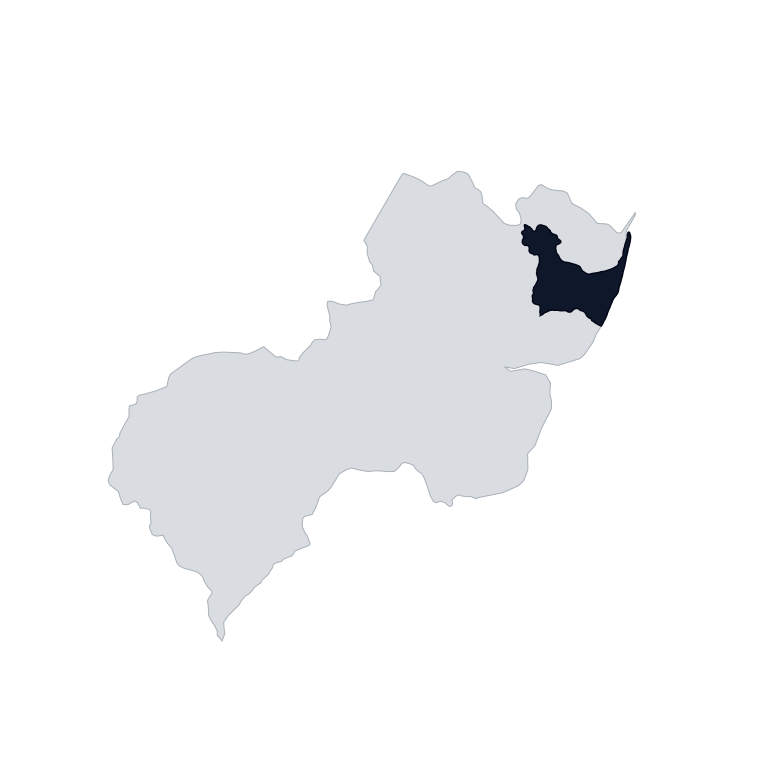 I-2 Waini, Barima-Waini, Guyana (highlighted), rotated 72°
{"feature_id": "73187651B25125705574502", "entity_name": "I-2 Waini", "entity_type": "district", "adm_level": 2, "iso_a3": "GUY", "parent_name": "Guyana", "parent_adm1": "Barima-Waini", "projection": "mercator", "projection_center": [-59.589, 7.691], "detail": "fine", "context": "in_parent", "style": "filled", "palette": "ink", "viewbox_px": 768, "rotation_deg": 72, "n_neighbors": 0, "source": "geoboundaries", "source_scale": "gbopen_adm2", "svg_char_len": 9398}
<svg xmlns="http://www.w3.org/2000/svg" viewBox="0 0 768 768"><g transform="rotate(72 384 384)"><path d="M241.1,358.8L224.3,340.1L207.4,321.3L190.8,302.7L189.7,300.2L196.6,291.4L202.8,285.1L208.0,281.4L210.4,278.3L208.6,264.7L208.7,259.8L206.3,254.4L204.5,248.5L206.6,243.5L209.1,240.0L212.3,238.7L220.1,237.4L225.5,237.0L227.5,235.0L230.7,232.6L234.8,232.5L243.0,234.1L246.7,231.1L253.4,227.0L268.5,220.0L271.9,215.4L274.3,208.3L274.0,205.0L272.5,203.7L268.7,202.5L263.0,202.4L258.4,204.2L253.6,203.2L249.7,198.8L249.4,195.2L251.8,190.0L250.4,186.6L242.9,175.8L242.9,172.9L248.4,168.0L251.5,163.9L255.8,154.0L259.1,150.7L269.7,149.6L272.4,147.5L277.7,142.2L285.7,136.3L297.2,131.5L300.6,122.8L302.6,120.5L311.8,115.9L313.4,113.5L313.1,111.3L298.4,91.8L301.4,93.2L312.8,105.9L319.1,108.6L320.4,108.7L320.5,105.4L326.3,106.8L341.2,115.5L363.1,129.8L393.9,156.9L402.7,167.2L408.6,172.1L417.7,183.9L420.4,189.6L420.1,212.6L412.0,228.1L410.0,239.8L409.6,255.3L404.9,264.2L411.1,259.4L413.1,245.4L418.4,236.9L425.3,227.5L434.5,225.3L444.5,229.3L452.5,230.0L459.6,232.7L474.6,247.7L489.3,259.5L494.6,268.9L510.1,273.7L519.3,281.1L522.3,287.6L524.1,304.5L521.1,330.0L521.9,331.3L517.7,336.3L517.0,339.5L514.2,345.2L512.1,348.2L515.2,355.3L518.7,355.6L520.1,356.5L520.9,357.9L520.7,359.4L519.4,360.7L516.0,362.4L512.8,366.5L513.1,370.9L511.1,373.3L504.7,374.5L492.2,374.5L486.0,374.8L481.1,375.6L477.8,378.5L473.7,380.5L470.5,381.0L467.6,384.4L464.7,389.2L465.7,392.4L468.6,396.8L470.4,401.3L468.1,408.5L465.6,414.1L464.1,418.3L462.2,426.5L457.3,435.5L453.9,440.7L453.9,446.2L455.6,454.2L465.5,465.7L468.7,471.2L471.4,480.0L480.3,487.0L485.9,492.6L485.4,500.0L486.2,502.4L489.6,504.2L493.8,505.7L498.5,505.5L502.7,504.9L503.7,503.9L513.3,503.7L514.4,505.6L515.0,516.3L515.4,520.6L517.6,522.4L519.0,525.0L519.1,527.4L519.5,533.4L521.0,536.5L520.7,542.9L521.7,545.3L524.4,546.9L527.8,551.4L529.0,552.0L529.7,553.6L532.6,560.1L534.0,562.1L535.1,562.4L535.5,564.6L537.6,570.7L539.0,572.2L541.7,576.7L542.8,581.6L546.4,587.1L550.0,590.9L551.6,594.9L556.3,603.8L560.8,610.0L566.9,611.6L572.0,612.5L575.2,614.9L578.3,617.5L574.9,618.7L571.9,620.3L567.7,619.0L561.9,619.7L555.9,621.4L550.3,622.3L539.8,619.5L536.6,619.1L534.4,617.9L530.0,612.4L527.9,611.8L522.3,614.4L515.5,616.1L512.2,615.8L508.3,617.6L504.7,620.1L497.7,630.8L494.1,634.6L490.3,636.3L482.6,636.3L474.4,636.7L468.2,639.3L462.4,640.6L459.5,640.8L458.6,646.6L457.2,649.3L455.4,650.9L450.9,651.4L446.9,651.2L444.5,648.7L439.9,647.5L435.9,646.6L433.3,645.2L431.2,645.6L429.5,648.0L428.1,650.1L426.8,654.0L420.7,655.2L418.1,657.4L419.6,664.6L418.9,667.4L417.6,669.6L410.3,670.0L404.0,669.9L400.4,672.5L395.8,675.6L393.1,676.2L389.9,676.0L385.6,672.4L381.5,668.0L371.0,664.9L360.7,662.3L353.9,655.3L352.3,651.9L349.1,650.3L341.0,642.0L336.6,636.7L331.8,635.2L326.2,633.0L326.4,629.1L326.1,625.4L323.7,623.9L320.3,622.9L319.1,620.8L319.5,615.9L320.1,603.3L319.2,591.2L311.8,587.0L308.6,584.1L302.9,566.3L300.3,558.2L300.1,552.2L302.0,534.4L304.1,526.7L309.9,511.2L313.2,505.9L313.4,502.0L313.0,497.0L311.3,487.0L321.1,480.8L325.2,478.1L325.9,473.9L331.1,468.6L333.4,463.6L335.4,459.6L334.8,457.5L332.6,456.3L329.9,452.5L324.3,441.6L322.2,439.4L320.5,436.3L321.4,431.5L323.6,426.2L323.3,424.1L319.9,421.2L313.0,416.5L307.3,416.2L302.8,414.5L296.3,414.2L291.0,413.7L288.0,412.0L288.7,409.1L290.0,406.9L294.4,401.4L297.3,395.5L297.7,389.8L298.6,382.2L299.9,375.7L300.6,368.3L293.6,363.4L291.4,359.4L288.6,355.9L285.4,355.9L280.7,354.4L273.3,359.0L267.4,358.2L263.4,359.9L254.2,359.6L248.2,357.3L241.1,358.8Z" fill="#d9dde1" stroke="#a8b0b8" stroke-width="1"/><path d="M318.4,107.0L318.9,106.8L319.6,107.0L320.2,107.4L320.8,107.8L321.3,108.5L322.0,108.9L322.7,109.4L323.4,109.8L324.1,110.4L324.7,110.9L325.6,111.5L326.4,112.0L327.0,112.3L327.6,112.6L328.2,113.1L328.8,113.5L329.5,114.0L330.0,114.4L330.8,114.9L331.6,115.3L332.2,115.7L332.9,115.9L333.6,116.2L334.4,116.5L335.2,116.7L335.9,117.1L336.5,117.7L337.0,118.3L337.4,119.1L337.9,119.9L338.4,120.4L338.9,120.9L339.4,121.5L339.5,122.1L339.9,122.8L340.6,123.2L341.3,123.5L342.1,123.7L342.7,124.1L343.1,124.8L343.5,125.4L343.9,126.0L344.0,127.0L344.3,128.0L344.4,128.7L344.5,129.4L344.7,130.2L344.8,131.1L344.9,132.0L344.9,132.8L345.0,133.8L345.0,134.6L345.0,135.7L344.9,136.4L345.0,137.2L345.0,138.2L344.9,138.9L345.0,139.7L344.8,140.5L344.6,141.4L344.4,142.2L344.3,143.1L344.3,144.0L344.3,144.8L344.2,145.7L344.2,146.6L344.0,147.4L343.9,148.2L343.7,148.9L343.7,149.6L343.5,150.6L343.3,151.4L343.2,152.2L343.2,152.9L343.2,153.7L343.2,154.4L342.9,155.1L342.6,155.8L342.1,156.7L341.5,157.4L340.9,157.9L340.1,158.5L339.4,159.1L338.8,159.6L338.0,160.2L337.3,160.5L336.6,160.7L336.0,160.9L335.3,161.0L334.6,161.1L333.9,161.2L333.0,161.5L332.1,162.1L331.6,162.6L331.0,163.4L330.5,164.0L329.9,164.6L329.3,165.4L328.8,166.3L328.4,166.9L327.8,167.7L327.4,168.5L327.0,169.0L326.1,170.1L325.7,170.8L325.3,171.5L325.0,172.2L324.7,173.0L324.4,173.6L324.0,174.2L323.7,174.8L323.2,175.4L322.6,176.0L322.1,176.4L321.5,176.9L320.9,177.1L320.2,177.6L319.6,177.8L318.8,177.9L317.9,178.1L317.0,178.2L316.3,178.3L315.6,178.5L314.9,178.6L314.1,178.9L313.4,179.3L312.6,179.4L311.8,179.5L311.1,179.3L310.1,179.1L309.3,179.1L308.7,179.0L308.0,178.9L307.3,178.5L306.6,178.3L306.0,178.0L305.3,177.6L305.0,177.0L304.9,176.1L304.8,175.5L304.8,174.6L304.6,174.0L304.5,173.3L304.0,172.5L303.5,171.9L302.8,171.8L302.0,172.0L301.5,172.4L300.7,172.9L300.2,173.4L299.6,173.8L299.0,173.9L298.3,173.9L297.5,173.8L296.7,173.7L296.0,174.0L295.4,174.5L294.9,175.0L294.4,175.8L293.8,176.6L293.2,177.2L292.7,177.7L292.1,178.1L291.2,178.5L290.5,178.6L289.6,178.6L288.8,178.9L288.0,179.4L287.4,179.9L286.7,180.5L286.0,180.4L285.3,180.7L284.7,181.1L284.1,181.6L283.5,182.2L283.1,182.8L282.6,183.6L282.1,184.2L281.7,184.9L281.2,185.6L281.0,186.4L280.9,187.3L281.0,188.1L281.3,188.9L281.8,189.6L282.4,190.2L283.0,190.8L283.7,191.2L284.3,191.5L284.8,192.1L285.3,192.7L285.3,193.5L285.0,194.2L284.6,194.8L284.0,195.2L283.2,195.5L282.3,195.5L281.6,196.1L280.9,196.4L280.0,196.9L279.3,197.2L279.0,197.8L278.5,198.4L277.9,198.7L277.3,199.2L276.8,199.8L276.3,200.3L276.0,200.9L276.6,201.6L278.5,201.7L279.8,202.0L280.6,202.4L281.2,202.9L281.4,203.7L281.5,204.5L281.7,205.4L282.2,206.0L283.0,206.4L283.6,206.3L284.4,206.1L285.0,205.9L285.8,205.6L286.6,205.5L287.4,205.7L287.9,206.2L289.0,206.6L289.5,207.3L289.9,207.8L290.6,208.1L291.4,208.5L292.0,208.6L292.9,208.7L293.5,208.5L294.3,208.2L295.0,207.8L295.5,207.3L295.9,206.7L296.0,206.0L296.4,205.3L296.7,204.7L297.1,204.0L297.7,203.8L298.4,203.7L299.4,203.8L300.1,203.9L300.9,204.3L301.7,204.8L302.5,204.8L303.3,204.7L304.2,204.5L304.8,204.1L305.3,203.6L305.6,202.9L306.1,202.3L306.7,201.9L307.3,201.6L307.8,200.8L307.9,200.1L308.0,199.3L308.1,198.4L308.4,197.8L309.0,197.5L309.8,197.3L310.5,197.1L311.2,197.1L311.9,197.2L312.7,197.4L313.6,197.7L314.2,197.9L314.9,198.1L315.9,198.4L316.7,198.8L317.3,199.2L318.0,199.7L318.6,200.2L319.2,200.6L319.8,201.0L320.6,201.6L321.2,202.2L321.8,202.8L322.6,203.2L323.3,203.5L324.1,203.7L324.7,204.0L325.6,204.6L326.3,204.7L327.2,204.8L327.8,204.8L329.2,204.9L330.1,204.9L330.8,204.9L331.6,205.0L332.4,205.5L333.0,205.8L333.7,206.4L334.3,207.0L334.8,207.5L335.5,208.2L336.0,208.7L336.8,209.5L337.4,210.2L337.9,211.0L338.3,211.7L338.9,212.1L339.6,212.4L340.2,212.7L340.8,213.3L341.7,213.4L342.3,213.4L343.0,213.5L343.7,213.6L344.4,214.0L344.8,214.6L345.3,215.2L345.8,215.6L346.5,215.9L347.3,216.0L348.3,216.1L348.9,216.2L349.6,216.4L350.3,216.8L351.0,217.1L351.9,217.2L352.8,216.9L353.3,216.6L354.0,216.2L354.6,215.5L355.0,214.9L355.4,214.3L355.8,213.7L356.2,213.0L356.4,212.3L357.1,211.9L357.8,211.7L358.5,211.6L359.2,211.7L359.9,211.9L360.5,212.1L361.8,212.6L362.5,213.0L363.3,213.3L364.0,213.5L364.9,213.7L365.7,213.8L366.6,213.8L367.2,214.2L367.0,212.7L366.8,211.7L366.6,211.0L366.2,210.2L365.9,209.5L365.8,208.6L365.8,207.7L365.7,207.0L365.5,205.6L365.4,204.8L365.3,204.0L365.3,203.1L365.4,202.4L365.6,201.5L365.7,200.8L366.1,200.1L366.4,199.4L366.8,198.5L367.0,197.7L367.3,196.7L367.6,195.8L367.9,195.2L368.3,194.6L368.7,193.9L368.9,193.1L369.3,192.1L369.5,191.3L369.8,190.3L370.0,189.3L370.4,188.6L370.8,188.0L371.3,187.5L372.1,186.9L372.5,186.3L372.9,185.6L373.0,184.7L373.2,183.9L373.0,183.2L372.7,182.6L372.4,181.9L371.8,181.1L371.6,180.4L371.6,179.7L371.4,178.7L371.6,177.8L371.8,177.1L372.1,176.3L372.6,175.8L373.3,175.3L374.7,174.5L375.1,173.6L375.7,172.9L376.2,172.3L377.0,171.5L377.7,170.9L378.6,170.6L379.3,170.6L380.1,170.4L381.9,170.0L382.6,169.8L383.3,169.3L384.6,168.5L385.3,167.7L385.8,167.1L386.3,166.7L387.1,166.7L387.8,166.8L388.4,166.4L388.9,165.8L390.3,164.8L390.9,164.4L391.7,163.8L392.4,163.1L393.2,162.4L394.0,161.6L394.7,160.9L395.2,160.4L395.7,159.8L396.0,159.4L395.1,158.3L394.2,157.4L392.8,156.1L391.3,154.6L390.8,153.8L390.5,153.6L387.3,150.7L385.7,149.7L383.7,148.0L382.7,147.3L380.9,145.4L379.6,144.7L378.3,143.4L376.3,141.6L375.7,141.3L375.0,140.6L373.8,139.4L373.1,138.5L371.8,136.5L371.4,135.8L370.1,134.1L369.0,133.1L367.9,132.3L364.3,130.4L363.6,129.9L360.9,127.9L356.9,125.4L355.3,124.2L353.2,123.0L352.4,122.7L346.7,119.0L346.4,118.8L339.8,115.2L337.9,114.2L336.7,113.5L334.8,112.2L332.7,111.0L331.0,110.2L329.4,109.0L328.2,108.1L324.6,105.9L321.2,104.3L320.6,104.1L319.6,103.8L319.0,103.7L315.8,103.7L315.4,103.9L315.2,104.3L315.2,104.8L315.5,105.2L318.4,107.0Z" fill="#0f172a" stroke="#020617" stroke-width="1.5"/></g></svg>